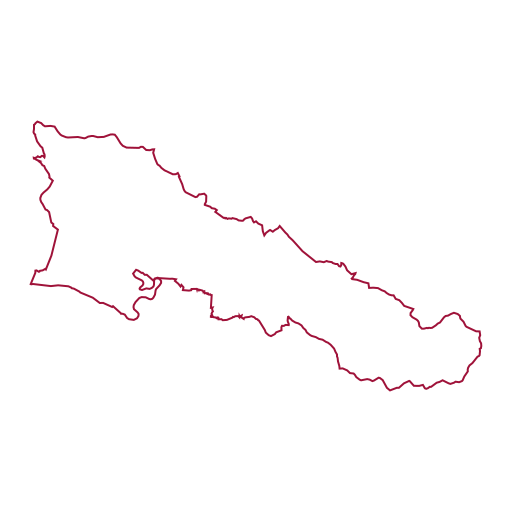 the district of Comana, Brasov, Romania
{"feature_id": "2599482B70960517450841", "entity_name": "Comana", "entity_type": "district", "adm_level": 2, "iso_a3": "ROU", "parent_name": "Romania", "parent_adm1": "Brasov", "projection": "orthographic", "projection_center": [25.274, 45.907], "detail": "fine", "context": "isolated", "style": "outline", "palette": "rose", "viewbox_px": 512, "rotation_deg": 0, "n_neighbors": 0, "source": "geoboundaries", "source_scale": "gbopen_adm2", "svg_char_len": 6035}
<svg xmlns="http://www.w3.org/2000/svg" viewBox="0 0 512 512"><path d="M121.0,313.7L122.8,313.8L124.8,314.6L127.1,318.0L129.0,319.2L133.8,319.9L137.0,318.3L138.4,316.1L138.6,314.7L138.5,313.7L137.6,312.4L134.0,309.2L133.5,307.1L133.8,305.1L135.5,302.1L139.3,298.0L141.6,297.1L145.7,297.3L149.2,299.0L150.7,299.3L152.3,298.8L153.4,297.6L155.0,294.6L155.6,290.4L156.1,289.1L159.6,285.3L161.1,282.9L161.1,281.0L159.7,279.1L158.1,278.4L155.8,278.5L154.9,279.1L154.1,280.4L154.0,284.5L153.7,285.8L153.3,286.6L151.7,288.0L149.6,288.9L146.3,288.4L142.0,290.0L139.8,289.3L139.6,288.5L140.1,287.5L142.5,285.5L143.3,284.0L143.3,282.7L142.9,281.5L141.8,280.4L135.9,277.5L134.6,276.3L133.1,273.6L136.1,269.8L138.2,270.6L141.5,272.9L142.7,272.8L144.7,274.8L146.8,274.8L153.2,280.5L154.8,278.5L157.6,277.7L159.1,278.1L170.0,278.8L172.3,278.7L176.0,279.3L174.9,280.9L178.3,283.7L180.5,286.5L181.4,284.9L183.5,287.3L182.9,290.1L189.0,290.6L191.2,290.2L191.5,289.0L196.2,288.9L196.9,289.0L197.1,289.7L197.3,289.1L198.4,289.6L199.0,290.4L199.6,289.8L202.5,290.6L203.3,291.5L203.7,291.4L203.5,291.8L203.8,292.0L203.7,292.4L204.7,292.4L204.8,293.3L206.7,293.1L207.1,293.9L208.3,294.3L208.4,293.9L209.0,294.6L210.3,294.4L210.5,294.9L211.7,295.1L210.9,307.8L212.6,307.5L212.2,308.3L212.2,309.7L212.9,311.4L212.2,312.2L211.5,313.9L212.0,314.8L210.9,315.9L210.9,316.6L211.5,316.4L211.7,317.0L212.0,317.0L212.1,316.4L212.6,316.2L213.6,317.2L215.9,317.5L216.5,318.2L217.4,318.1L217.4,317.5L217.7,317.4L218.3,317.6L218.6,318.4L218.2,318.8L218.6,319.0L218.6,319.3L221.5,319.2L222.7,320.2L226.9,319.9L232.3,317.7L233.0,316.9L233.8,317.1L235.3,316.2L238.3,316.1L239.3,317.2L239.4,315.9L239.8,316.7L240.6,317.0L240.2,316.2L241.6,315.5L241.3,316.7L241.4,317.4L243.7,318.9L243.9,318.0L245.2,317.4L249.3,316.9L251.3,316.2L254.3,317.3L255.9,318.9L257.5,319.3L258.1,320.2L259.0,320.6L264.8,330.0L265.8,332.6L268.7,335.2L271.0,336.1L274.8,334.1L276.2,332.3L281.5,330.3L281.4,327.2L282.0,325.8L283.8,325.9L285.6,324.9L288.7,325.1L288.8,324.1L287.8,321.6L287.6,320.4L288.0,316.9L288.5,316.7L289.1,317.4L289.4,318.3L290.3,318.5L292.1,320.5L295.4,322.5L298.4,323.4L301.5,325.4L303.3,328.0L305.5,329.9L306.8,332.4L310.0,335.0L311.6,335.9L315.8,337.1L319.0,338.9L322.6,339.7L326.0,341.9L328.0,342.7L330.7,344.8L334.1,348.6L335.5,351.9L337.0,354.5L337.0,356.4L337.6,357.9L338.0,361.4L339.3,365.9L339.6,368.6L342.7,368.4L347.2,370.4L350.0,373.1L353.6,373.5L354.8,374.7L356.3,377.1L359.7,379.7L361.1,380.3L367.2,379.1L369.6,379.6L372.4,381.1L373.9,380.6L378.6,377.7L379.9,378.0L382.7,380.1L386.9,387.8L390.0,390.4L396.8,387.8L398.9,387.8L404.0,383.3L409.2,380.9L409.7,381.1L413.9,385.8L419.1,385.9L422.9,384.9L424.9,388.3L426.2,388.8L427.9,388.2L429.8,386.8L430.9,386.9L431.7,386.4L436.7,382.7L439.6,381.9L442.6,380.3L448.6,383.3L450.4,383.9L454.0,382.7L455.5,381.7L459.1,382.2L461.9,381.1L462.6,380.4L464.3,376.5L467.8,371.4L467.7,369.6L468.1,367.8L469.5,365.4L472.4,363.1L477.5,356.7L479.1,355.9L479.6,355.2L480.0,351.2L479.7,348.8L480.9,348.2L481.3,346.0L481.1,343.3L479.9,341.2L479.2,337.8L480.2,335.2L479.6,331.4L476.1,331.3L466.5,326.8L465.6,325.9L463.5,321.7L460.5,318.7L460.2,317.9L459.9,315.9L457.7,314.0L453.9,312.8L450.9,314.0L448.1,315.6L445.6,316.0L444.0,317.3L440.0,322.5L437.7,323.6L435.9,325.3L432.1,327.8L430.6,328.0L428.9,327.8L427.9,328.2L426.9,327.9L423.8,328.7L421.9,328.7L419.4,326.1L418.8,322.4L417.9,320.8L416.6,319.6L412.4,317.2L410.5,315.2L410.6,313.0L412.7,310.2L413.3,309.0L404.2,305.9L401.9,302.9L399.3,300.2L395.7,298.9L393.6,295.3L391.7,295.3L389.2,294.6L386.6,293.0L384.7,291.3L381.9,290.3L378.0,288.1L373.4,287.7L369.1,287.9L368.4,283.3L363.7,282.2L357.1,279.8L352.1,279.1L351.7,278.6L352.8,277.5L354.0,275.3L355.2,274.1L355.5,273.1L351.4,274.2L347.1,270.3L345.4,266.5L343.4,263.9L342.7,263.4L341.3,263.0L341.2,265.3L340.4,266.5L339.1,266.2L337.5,264.0L335.6,264.0L332.7,263.0L331.8,262.1L328.1,261.6L326.7,261.0L323.8,262.2L319.8,261.4L316.0,262.0L302.5,251.2L292.7,240.3L288.9,236.8L287.4,234.5L285.3,232.5L279.7,226.0L278.1,228.2L274.9,230.0L272.8,231.7L270.1,230.0L269.6,230.2L266.1,232.8L264.3,235.4L262.8,231.1L262.1,225.3L258.3,223.6L256.0,221.3L254.0,222.4L253.0,221.1L252.1,218.5L250.7,216.9L245.5,218.4L244.0,219.5L243.3,220.5L242.2,220.8L238.6,220.4L236.6,219.1L232.4,218.1L231.6,218.7L228.8,218.4L227.4,218.9L226.3,218.0L225.3,218.4L224.9,217.8L223.6,217.9L215.3,211.9L216.8,210.1L214.8,208.7L211.8,208.2L210.2,206.7L204.8,204.9L204.8,204.1L206.1,201.7L206.3,196.0L206.0,195.4L204.2,193.7L200.3,194.4L199.2,194.3L197.0,196.8L195.4,197.1L185.6,192.2L184.4,190.7L183.6,189.0L182.2,184.2L178.9,176.8L179.5,176.4L177.8,173.0L175.8,174.2L172.9,174.3L164.5,170.3L161.4,167.9L159.5,165.6L158.4,165.1L157.3,164.0L155.1,158.8L153.2,152.8L154.1,149.3L152.3,149.4L149.9,150.2L146.2,150.0L142.9,146.9L140.9,146.8L139.0,147.9L126.6,147.6L122.8,145.8L120.6,143.4L116.8,137.2L114.8,134.7L112.6,134.4L110.5,134.5L103.8,136.9L97.7,137.2L93.2,136.0L91.5,136.0L88.2,136.6L85.6,138.0L84.3,138.3L77.9,137.0L68.0,137.5L66.0,137.2L61.7,135.5L60.3,134.5L57.6,131.3L54.6,126.6L50.5,125.9L45.0,126.3L43.2,125.2L41.2,123.1L37.4,121.6L35.4,123.3L34.9,124.2L34.0,124.8L34.0,129.0L33.5,132.1L34.1,133.6L35.2,134.5L35.2,135.6L37.1,141.4L40.5,146.2L42.3,147.7L43.9,153.5L44.5,154.3L44.7,156.3L44.4,157.4L42.9,155.9L41.7,155.9L40.4,157.1L39.1,157.0L37.8,156.3L36.7,157.3L34.6,158.1L33.8,157.8L33.9,158.6L35.5,159.0L36.2,159.7L40.0,161.2L39.2,161.6L41.0,163.0L42.4,165.2L44.2,166.0L45.3,168.7L49.0,174.1L49.5,176.5L49.3,177.6L52.8,180.7L49.7,186.6L47.3,189.4L43.5,192.6L41.5,194.8L40.3,198.0L40.4,199.9L41.3,202.2L42.6,204.0L45.5,209.5L47.1,210.1L49.1,212.1L51.3,222.5L53.3,224.0L53.1,226.0L57.9,229.6L51.4,255.6L45.9,269.4L45.4,268.8L42.6,270.4L39.9,270.8L39.5,271.5L38.9,271.8L36.5,270.4L35.4,270.6L35.3,272.9L30.7,284.1L31.2,284.3L33.0,284.0L50.9,286.1L58.2,285.3L68.4,286.3L71.3,287.6L71.7,288.2L73.8,288.6L79.4,291.6L80.3,292.5L92.8,297.7L99.8,303.0L103.1,302.9L112.2,307.0L113.0,306.2L120.9,313.3L121.0,313.7Z" fill="none" stroke="#9f1239" stroke-width="2"/></svg>